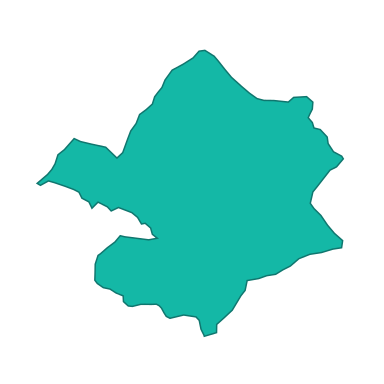 Geroskipou, Paphos, Cyprus (Equal Earth projection), rotated 186°
{"feature_id": "46923920B13296548837495", "entity_name": "Geroskipou", "entity_type": "district", "adm_level": 2, "iso_a3": "CYP", "parent_name": "Cyprus", "parent_adm1": "Paphos", "projection": "equal_earth", "projection_center": [32.458, 34.751], "detail": "fine", "context": "isolated", "style": "filled", "palette": "teal", "viewbox_px": 384, "rotation_deg": 186, "n_neighbors": 0, "source": "geoboundaries", "source_scale": "gbopen_adm2", "svg_char_len": 1788}
<svg xmlns="http://www.w3.org/2000/svg" viewBox="0 0 384 384"><g transform="rotate(186 192 192)"><path d="M45.0,240.8L46.9,243.3L55.5,246.8L61.7,254.4L63.3,260.8L71.0,267.5L77.4,268.4L79.6,273.7L84.2,278.0L83.0,281.7L81.0,287.0L81.2,294.0L88.0,298.8L100.8,296.7L105.6,291.5L120.2,291.5L130.0,290.6L137.1,291.7L145.2,296.3L153.8,302.2L164.8,310.2L172.3,317.5L179.4,324.8L184.2,329.4L185.9,330.2L194.0,334.2L199.7,332.8L204.9,325.5L214.1,318.2L224.5,311.1L230.5,300.6L232.8,292.8L236.2,287.6L239.1,282.8L240.6,275.3L246.2,269.1L252.2,263.6L254.7,254.3L259.3,246.3L261.6,237.6L265.0,223.9L270.2,217.9L282.5,227.5L297.3,229.1L308.1,230.5L314.8,232.8L315.7,231.5L323.4,220.7L329.2,215.0L331.1,205.8L333.8,199.7L337.6,194.2L346.9,184.4L344.8,183.4L343.4,182.8L335.9,188.0L329.6,186.9L318.6,184.4L309.8,182.1L304.4,180.0L300.8,174.3L293.5,171.4L291.2,167.7L289.8,165.4L284.4,172.1L274.6,168.4L270.4,164.7L263.5,168.9L256.4,167.0L249.7,165.2L243.5,161.1L238.9,154.9L235.3,156.0L229.4,151.9L227.0,145.8L221.7,142.4L230.1,139.9L244.0,140.2L254.0,140.4L258.8,141.0L263.4,134.2L270.3,127.8L276.6,121.0L278.8,119.1L280.7,110.1L280.0,102.1L279.4,94.1L278.0,92.6L276.6,91.1L270.2,87.6L263.4,86.9L256.9,83.6L249.6,81.5L248.7,75.8L243.5,72.0L239.3,72.0L231.3,74.9L227.0,75.4L220.6,76.0L215.7,76.7L212.6,75.4L210.2,73.3L207.2,68.9L204.6,65.6L200.7,64.1L187.4,68.8L181.4,68.5L175.0,68.2L171.4,65.1L168.7,56.5L165.1,50.8L164.7,49.8L152.9,54.7L153.6,62.9L146.7,70.5L139.6,78.7L132.5,94.0L128.9,99.7L127.9,109.7L116.6,112.9L108.9,116.6L100.2,118.9L93.5,124.1L86.4,128.7L78.7,136.9L68.2,142.4L57.0,145.3L46.1,149.9L37.4,152.2L37.1,159.4L46.1,165.8L53.7,173.1L61.4,182.2L69.0,188.3L73.2,193.1L71.8,204.7L68.3,210.1L57.0,228.2L50.9,232.1L45.0,240.8Z" fill="#14b8a6" stroke="#0f766e" stroke-width="1.5"/></g></svg>